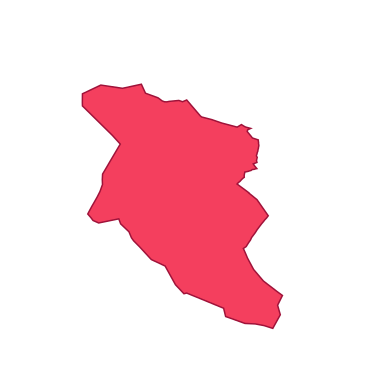 Atakunmosa East, Osun, Nigeria, rotated 127°
{"feature_id": "59680162B38390932765307", "entity_name": "Atakunmosa East", "entity_type": "district", "adm_level": 2, "iso_a3": "NGA", "parent_name": "Nigeria", "parent_adm1": "Osun", "projection": "equal_earth", "projection_center": [4.735, 7.438], "detail": "fine", "context": "isolated", "style": "filled", "palette": "rose", "viewbox_px": 384, "rotation_deg": 127, "n_neighbors": 0, "source": "geoboundaries", "source_scale": "gbopen_adm2", "svg_char_len": 1860}
<svg xmlns="http://www.w3.org/2000/svg" viewBox="0 0 384 384"><g transform="rotate(127 192 192)"><path d="M272.3,262.0L273.3,257.4L274.3,253.9L272.9,247.9L257.5,234.3L260.4,229.8L261.7,218.4L265.0,212.8L266.1,209.3L266.7,205.2L267.3,201.0L270.3,184.6L270.4,183.7L270.0,181.8L267.3,168.9L276.0,149.4L278.1,137.2L275.9,135.4L265.8,96.8L271.2,90.2L265.1,70.6L259.3,62.1L255.3,54.0L252.3,45.4L236.9,47.6L230.9,55.5L220.2,57.5L220.3,64.6L220.2,71.9L220.2,75.9L220.1,81.5L216.8,96.2L215.5,99.0L211.7,107.2L211.5,107.7L208.7,112.5L206.2,117.0L203.0,115.9L200.9,116.1L198.4,116.3L195.2,116.4L192.5,117.0L189.9,117.0L188.3,117.0L186.4,117.0L183.0,117.3L179.5,117.3L175.7,117.3L172.4,117.1L170.4,117.1L168.0,116.8L165.1,116.8L159.0,135.5L158.6,146.7L158.4,145.4L158.5,160.8L157.2,160.7L155.7,160.4L154.7,160.1L153.5,160.0L152.3,159.9L151.2,159.7L150.0,159.5L148.8,159.1L147.9,159.9L147.0,160.5L144.3,161.8L141.4,159.3L140.5,158.8L139.3,157.8L137.8,157.4L136.4,155.9L135.3,155.2L134.3,154.3L133.4,158.0L132.7,160.0L131.2,159.1L130.1,158.4L129.3,157.9L128.1,159.4L126.8,160.0L125.0,160.8L124.6,162.0L123.9,162.6L122.5,163.0L121.3,163.6L119.8,164.0L118.4,164.8L117.3,165.2L116.1,165.9L114.9,166.4L114.0,167.2L113.3,168.0L112.2,168.8L111.4,169.7L110.5,170.4L112.5,176.3L111.9,178.4L110.5,184.3L108.9,185.0L105.9,183.4L107.9,188.4L108.2,190.5L108.4,193.1L113.0,195.0L119.0,209.7L121.4,217.1L121.9,218.6L122.2,219.6L126.3,229.5L126.2,231.3L121.7,251.6L125.6,253.9L126.8,257.6L133.4,264.8L135.2,266.4L136.5,268.3L137.2,270.6L137.2,275.7L141.1,288.6L136.4,297.3L151.0,309.9L161.5,329.2L179.5,338.6L186.3,333.6L189.2,331.3L194.7,289.7L196.9,278.1L198.7,277.9L199.0,277.9L218.4,275.7L222.5,275.2L231.5,274.2L236.1,271.1L240.0,267.9L241.2,267.6L246.9,265.8L253.1,264.7L261.6,263.6L263.5,263.4L269.4,262.5L272.3,262.0Z" fill="#f43f5e" stroke="#9f1239" stroke-width="1.5"/></g></svg>